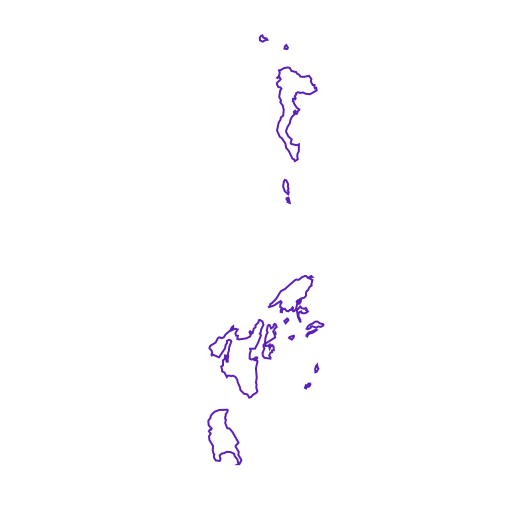 the district of Ionion Nison, Ionioi Nisoi, Greece, rotated 33°
{"feature_id": "26713481B82557054028644", "entity_name": "Ionion Nison", "entity_type": "district", "adm_level": 2, "iso_a3": "GRC", "parent_name": "Greece", "parent_adm1": "Ionioi Nisoi", "projection": "orthographic", "projection_center": [20.46, 38.773], "detail": "fine", "context": "isolated", "style": "outline", "palette": "violet", "viewbox_px": 512, "rotation_deg": 33, "n_neighbors": 0, "source": "geoboundaries", "source_scale": "gbopen_adm2", "svg_char_len": 6126}
<svg xmlns="http://www.w3.org/2000/svg" viewBox="0 0 512 512"><g transform="rotate(33 256 256)"><path d="M297.1,307.4L294.1,307.5L293.4,308.2L294.2,310.5L293.3,314.5L294.4,315.9L293.7,318.2L295.1,322.5L294.7,323.5L293.6,324.0L293.5,322.5L292.1,322.3L292.0,323.4L294.4,324.6L294.9,326.7L292.8,330.3L287.1,335.3L285.4,335.7L284.3,332.8L282.7,333.6L281.2,332.5L280.7,331.3L280.6,327.6L278.1,328.4L276.3,331.2L276.0,328.8L275.1,327.4L274.6,328.9L275.0,332.3L273.2,338.4L273.3,341.7L272.1,343.5L269.4,344.2L268.8,345.8L269.3,350.5L266.6,356.3L266.9,358.2L267.6,359.0L269.6,359.2L271.7,360.6L272.4,363.0L273.2,363.4L273.8,362.2L280.2,361.1L280.3,350.1L279.0,347.2L279.1,344.8L277.9,343.0L279.0,340.9L280.9,340.6L281.8,341.0L283.1,346.8L284.8,350.2L285.8,353.7L287.2,354.9L288.4,358.0L289.9,359.9L289.3,360.6L288.6,360.5L285.5,355.8L284.2,356.2L285.9,359.5L285.1,361.5L287.9,365.7L287.0,367.7L289.6,369.8L290.3,371.2L293.0,370.9L297.5,373.4L297.6,371.8L298.8,370.8L300.5,370.3L302.0,368.9L304.5,368.6L307.5,369.9L309.9,372.2L314.0,374.8L315.9,376.9L321.0,378.0L324.2,376.8L327.5,378.5L328.6,376.9L329.0,374.3L330.9,370.2L330.7,368.5L327.9,366.3L326.5,363.5L324.8,362.0L322.8,357.5L317.1,350.3L314.8,343.8L314.2,343.3L311.8,343.9L312.8,341.4L312.5,340.7L311.9,340.5L310.8,341.4L310.6,342.8L308.5,345.4L306.5,345.5L304.1,341.5L303.3,338.5L301.6,337.0L305.6,334.3L305.1,328.4L303.4,319.8L301.5,319.1L301.7,317.9L300.4,315.0L299.7,309.6L297.1,307.4ZM206.1,77.4L202.3,76.0L198.9,79.5L195.5,81.4L193.7,80.5L190.6,80.6L189.5,79.9L184.9,81.5L182.1,79.9L180.0,80.5L177.3,83.0L175.0,87.4L173.4,87.8L175.1,88.2L176.7,90.6L177.1,93.2L176.7,95.0L177.1,95.0L178.1,93.0L180.5,94.5L179.3,99.4L179.9,100.5L182.8,102.2L184.7,101.3L186.3,101.9L186.2,104.1L188.8,109.9L192.3,112.0L192.6,113.8L196.6,115.3L199.7,118.4L202.4,123.5L201.4,126.2L202.3,128.5L202.4,131.9L205.3,139.3L211.1,143.1L213.4,143.1L219.3,145.6L222.3,148.8L226.4,150.1L233.5,154.5L235.3,154.2L236.9,155.3L238.3,152.1L236.3,149.9L235.2,147.8L234.8,144.8L231.2,139.0L229.5,141.1L224.5,142.8L223.5,142.2L222.4,138.8L218.1,138.1L213.7,135.6L212.9,134.0L212.1,130.5L212.1,126.5L210.8,123.2L210.3,119.8L211.0,116.5L209.2,114.3L209.8,112.9L210.4,113.3L210.9,115.7L212.7,114.8L212.6,113.0L212.0,112.1L212.7,110.2L212.5,109.5L209.4,109.4L204.6,107.3L203.2,105.8L202.6,106.1L201.4,104.0L202.0,103.4L203.5,103.2L203.4,102.2L201.5,101.0L201.7,98.6L201.0,97.7L202.0,95.7L204.0,95.3L206.6,93.2L209.2,92.9L213.1,91.0L216.7,84.1L214.9,82.2L214.2,83.3L213.2,82.7L211.9,80.7L210.5,81.7L207.6,80.2L206.6,79.2L206.1,77.4ZM325.8,416.1L321.2,412.9L319.8,409.5L318.8,409.3L317.9,408.0L317.8,406.7L316.8,405.3L316.9,402.4L316.3,400.7L315.6,400.6L309.1,405.1L306.1,409.2L305.2,412.8L305.2,415.0L306.0,416.8L305.7,419.7L306.1,420.7L308.6,423.8L312.7,424.8L313.0,426.0L311.9,426.8L312.0,428.7L314.7,429.6L314.8,432.8L317.2,435.7L323.4,438.7L325.7,442.7L327.7,444.6L329.1,445.1L329.5,446.7L331.2,448.3L333.6,449.4L337.2,447.6L336.9,445.8L334.1,443.0L334.8,440.5L336.9,438.4L338.0,436.3L341.5,434.3L345.5,433.8L346.8,435.3L351.2,436.7L353.1,438.7L354.8,439.1L354.2,440.4L355.4,439.6L355.1,435.5L354.4,434.8L349.5,432.4L348.2,429.7L342.7,427.0L342.3,426.3L343.0,422.1L332.5,416.6L327.8,415.1L325.8,416.1ZM313.0,245.7L312.9,244.5L314.6,242.9L313.2,242.7L311.6,246.1L309.1,245.5L307.9,246.1L306.0,249.0L304.8,252.7L302.5,253.9L301.6,255.8L298.3,267.8L296.0,272.0L296.2,281.0L295.0,287.1L294.2,288.1L294.9,290.8L294.1,292.5L298.0,287.8L301.2,280.4L302.8,281.0L302.7,283.1L304.0,285.6L306.3,285.5L306.2,287.9L307.2,289.5L308.3,289.0L307.5,287.5L307.4,286.4L308.9,284.6L311.6,285.4L313.2,284.8L313.7,282.8L314.5,282.4L314.6,279.1L315.3,279.3L316.2,281.6L317.2,282.1L318.1,281.4L318.4,278.6L316.7,273.9L318.5,272.2L318.3,269.5L317.4,268.1L317.1,267.9L316.4,269.0L316.8,271.0L316.2,272.3L315.5,272.6L314.9,272.0L315.2,270.3L316.1,269.4L316.6,267.5L319.1,264.7L319.5,263.5L319.5,261.8L318.1,260.0L317.6,258.1L318.2,256.6L317.8,252.6L318.7,250.4L318.0,249.9L316.4,245.4L313.0,245.7ZM311.5,309.9L311.4,306.1L312.0,304.3L309.8,302.7L308.7,302.7L308.3,304.0L309.0,304.9L308.9,306.8L308.1,308.5L305.1,306.5L304.3,306.8L303.9,308.2L305.7,312.8L307.5,313.9L307.5,316.2L308.5,319.4L311.0,324.3L310.8,326.6L312.0,328.3L313.4,328.9L314.4,333.9L316.1,336.0L318.6,336.8L324.0,334.2L323.6,333.4L321.3,332.3L320.8,329.8L321.0,328.8L321.9,327.9L320.9,326.5L322.3,325.3L320.1,322.5L317.6,321.6L318.5,322.6L317.8,323.4L316.2,322.3L315.6,322.7L315.6,323.5L317.7,325.1L317.9,326.2L316.0,324.6L314.7,324.8L313.1,326.3L311.9,325.8L312.0,323.5L316.4,313.9L314.3,311.7L315.0,311.0L314.5,310.1L313.8,309.7L313.7,310.7L312.9,310.9L311.5,309.9ZM349.4,276.6L346.4,277.7L343.3,277.5L341.4,278.8L340.0,282.5L338.9,283.6L337.9,286.5L338.1,289.5L339.2,289.3L340.1,288.2L341.0,286.3L340.6,285.3L341.5,284.3L345.7,283.2L346.6,281.2L349.0,280.1L350.2,277.9L350.1,277.0L349.4,276.6ZM326.1,272.4L325.2,274.0L322.6,274.9L320.6,274.2L319.9,279.4L324.7,284.5L329.6,287.5L327.7,285.3L324.5,283.5L322.8,280.6L323.0,279.4L324.1,277.9L325.0,278.9L326.7,278.4L328.4,277.2L329.6,275.2L329.7,274.2L327.6,274.2L327.6,273.1L326.1,272.4ZM249.3,186.7L248.7,184.6L246.8,183.6L246.8,182.0L244.9,180.4L243.8,178.2L240.2,176.1L238.7,176.4L238.8,178.3L240.9,183.0L244.9,186.0L249.3,186.7ZM143.2,68.9L141.2,67.5L140.2,69.0L140.4,71.2L142.0,73.0L144.9,72.6L146.2,69.9L147.8,68.5L146.5,67.9L143.2,68.9ZM342.8,295.6L342.4,293.6L343.6,291.3L345.7,288.9L347.2,285.0L346.4,285.1L343.6,289.6L341.8,291.4L341.4,294.6L341.8,295.6L342.8,295.6ZM369.7,316.5L368.5,316.0L366.5,313.9L366.3,315.7L367.1,318.5L369.1,321.1L369.9,320.0L369.7,316.5ZM328.3,306.7L331.6,306.6L331.9,303.5L331.4,302.4L330.9,302.4L328.3,305.7L328.3,306.7ZM317.5,296.3L318.1,292.3L317.3,291.5L316.2,291.5L315.2,295.1L317.5,296.3ZM370.8,334.3L370.6,333.7L369.7,334.2L369.4,335.4L370.1,336.6L368.2,337.2L368.9,339.9L370.0,339.8L369.2,338.1L369.9,337.5L370.9,337.6L371.8,336.1L371.5,334.1L370.8,334.3ZM253.2,193.6L255.4,193.1L251.5,189.4L250.2,190.9L250.6,191.7L252.9,192.8L253.2,193.6ZM166.9,66.6L168.9,65.8L169.5,65.1L169.3,63.9L166.5,62.6L166.1,64.2L166.9,66.6Z" fill="none" stroke="#5b21b6" stroke-width="2"/></g></svg>